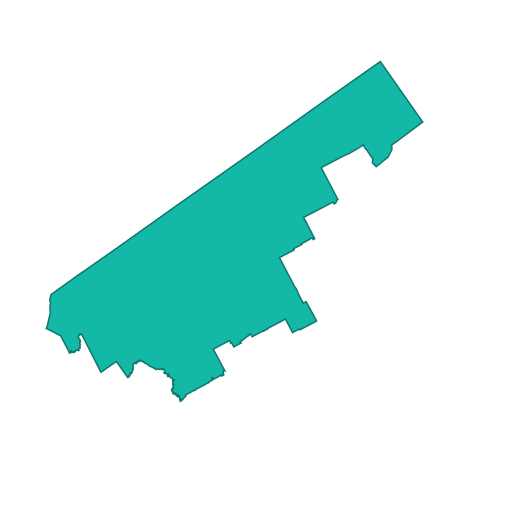 outline of West Wimmera, Victoria, Australia, rotated 55°
{"feature_id": "25037944B702157588032", "entity_name": "West Wimmera", "entity_type": "district", "adm_level": 2, "iso_a3": "AUS", "parent_name": "Australia", "parent_adm1": "Victoria", "projection": "mercator", "projection_center": [141.548, -36.599], "detail": "fine", "context": "isolated", "style": "filled", "palette": "teal", "viewbox_px": 512, "rotation_deg": 55, "n_neighbors": 0, "source": "geoboundaries", "source_scale": "gbopen_adm2", "svg_char_len": 5873}
<svg xmlns="http://www.w3.org/2000/svg" viewBox="0 0 512 512"><g transform="rotate(55 256 256)"><path d="M262.3,449.7L262.3,430.8L282.4,430.8L282.2,430.7L282.1,429.8L281.9,429.5L282.1,429.1L281.8,429.1L281.7,429.2L281.1,428.9L281.1,428.4L281.1,428.2L281.4,427.7L281.0,427.3L280.8,426.9L279.8,426.6L279.9,426.0L280.1,426.0L280.4,426.1L280.7,426.0L280.8,425.2L280.3,424.8L280.2,424.3L279.9,423.8L279.5,423.6L279.4,423.0L278.8,422.6L278.7,422.1L278.4,421.8L278.2,421.4L277.7,421.5L277.3,421.3L277.2,420.7L277.0,420.3L275.8,420.5L275.7,420.4L275.7,420.1L275.1,419.7L275.1,419.4L274.5,419.0L274.6,418.7L274.4,418.5L274.2,418.0L274.0,417.9L274.3,417.2L274.1,417.0L275.2,416.1L275.4,415.8L275.3,415.5L275.4,415.1L275.1,414.8L274.9,414.8L274.7,414.9L274.8,415.4L274.6,415.6L274.2,415.5L274.0,415.0L274.3,414.3L274.3,413.7L275.1,413.2L275.3,412.8L275.2,412.2L274.7,412.0L274.2,412.0L274.4,411.5L274.3,411.3L274.5,411.0L275.1,410.6L275.3,410.6L275.6,410.8L276.1,410.6L276.6,410.0L277.3,409.6L277.6,409.1L277.7,408.6L278.1,408.6L278.3,409.0L279.2,408.9L279.5,408.8L279.5,408.5L279.8,408.3L280.7,408.0L280.9,407.7L281.9,407.2L282.6,407.3L283.0,406.8L284.0,406.4L284.5,406.6L285.0,406.6L285.1,406.4L286.2,405.7L286.4,405.5L286.6,405.5L287.6,404.7L288.3,404.4L288.7,404.1L289.4,404.1L289.6,403.5L289.9,403.7L290.5,403.3L291.4,403.1L291.4,402.9L291.7,402.5L292.0,402.5L292.1,402.4L292.0,401.6L292.9,400.7L293.0,400.1L293.3,400.0L293.2,399.8L293.4,399.4L293.9,399.0L294.2,399.0L294.2,398.8L294.2,398.7L294.7,398.6L295.0,398.4L295.0,398.1L294.8,397.8L295.1,397.8L295.3,397.6L295.4,397.4L295.2,397.2L295.3,396.9L295.2,396.7L295.6,396.3L296.0,396.3L296.7,396.6L297.4,396.7L298.0,397.0L298.7,397.5L298.6,397.8L299.0,398.1L299.0,398.4L299.4,398.2L299.3,397.5L299.5,397.0L300.0,396.9L300.3,397.5L300.6,397.7L301.0,397.3L302.1,395.3L302.6,394.8L302.8,395.1L302.9,395.7L302.9,396.6L303.1,397.0L303.7,397.4L304.2,397.4L304.4,397.2L304.4,396.7L304.2,396.3L304.2,396.0L304.3,395.8L305.0,396.1L305.4,395.8L306.1,395.7L306.4,395.5L306.9,395.6L307.4,395.4L307.9,395.0L308.5,395.1L308.9,394.9L309.8,394.8L310.0,394.8L310.5,394.1L310.8,394.0L310.8,394.4L310.8,394.6L310.4,395.0L310.1,395.1L310.0,395.3L310.4,395.5L310.5,395.9L310.6,396.2L311.4,396.5L311.8,396.3L312.3,396.4L312.6,396.6L312.6,396.8L312.7,397.2L313.1,397.7L313.3,397.6L313.6,397.1L314.0,397.4L313.9,397.7L314.2,398.0L314.3,398.0L314.5,397.3L314.8,397.2L315.1,398.1L316.0,399.6L316.3,399.8L316.7,399.7L316.9,399.7L316.8,400.1L316.4,400.3L316.4,400.5L316.7,400.7L316.7,401.1L316.8,401.3L317.6,401.2L317.4,401.6L317.5,402.2L317.9,402.2L319.1,401.9L319.4,401.9L319.5,402.1L319.4,402.3L319.6,402.3L319.7,402.5L319.8,402.5L320.0,402.5L320.0,402.1L320.2,401.9L320.6,402.1L320.7,402.6L321.3,403.1L321.7,402.9L321.8,402.7L321.9,402.0L321.8,401.8L322.2,401.6L322.6,401.5L322.7,401.3L322.6,401.1L322.2,401.3L321.9,401.3L322.2,400.7L322.6,400.6L323.3,401.0L323.9,401.1L324.2,401.4L325.0,401.3L325.1,401.2L325.1,400.7L324.6,400.5L324.7,400.2L324.5,399.8L324.8,399.7L325.3,399.8L325.8,399.4L325.9,399.5L325.8,399.9L326.0,400.0L325.8,400.5L326.3,400.5L326.5,400.8L326.7,400.7L326.5,400.3L326.9,399.8L326.9,399.4L327.0,399.3L327.2,399.5L328.4,399.7L328.6,399.9L329.0,399.7L329.3,400.0L329.4,400.4L329.9,400.5L330.0,400.9L330.7,400.8L331.1,401.1L331.6,401.0L331.4,400.4L330.9,400.2L330.9,399.4L331.2,399.1L331.4,399.2L331.7,400.3L331.8,399.9L331.5,398.8L331.7,398.5L331.7,398.3L331.3,398.1L331.1,397.1L331.0,396.5L330.6,395.8L330.8,395.0L330.5,393.8L329.5,393.2L330.5,384.7L330.6,384.1L330.7,383.9L330.9,383.2L331.1,382.7L330.8,381.8L330.8,381.5L332.6,367.0L332.1,367.0L332.6,362.7L330.5,362.4L330.8,361.1L332.6,361.4L333.7,352.7L334.7,352.8L334.9,350.6L333.6,350.5L333.7,350.0L332.5,349.8L331.2,348.6L332.4,347.4L307.8,344.4L310.0,326.3L313.0,326.6L313.1,325.8L317.7,326.3L318.7,318.0L316.9,317.8L317.2,315.5L317.3,315.5L316.8,309.8L317.0,307.6L316.5,307.6L316.8,305.1L319.9,305.5L321.5,292.8L321.9,292.9L322.4,288.5L322.0,288.5L324.5,268.1L339.7,270.0L340.7,262.1L341.7,262.2L344.0,243.6L322.1,241.1L321.7,244.4L312.0,243.1L306.3,241.8L303.0,241.9L270.7,237.7L272.9,221.3L271.6,221.2L272.8,211.9L272.0,211.8L273.1,202.8L272.9,202.8L273.3,199.5L275.3,199.7L275.5,198.0L257.0,195.5L257.0,195.4L255.7,195.3L251.7,194.9L256.0,161.9L258.2,162.2L258.3,160.3L257.1,158.2L256.5,157.9L256.7,156.5L221.0,151.9L224.5,125.1L225.5,120.9L226.3,110.9L226.6,104.3L227.8,104.6L229.0,104.6L229.9,104.8L231.6,104.8L232.7,104.4L233.9,104.4L234.8,104.6L243.1,104.6L243.7,104.8L246.4,107.2L251.8,106.3L250.7,91.1L246.7,83.5L246.2,83.3L244.0,81.8L242.9,81.5L242.8,72.1L241.9,44.2L241.9,42.6L168.0,42.6L168.1,104.1L168.9,198.6L169.1,271.3L169.1,288.7L169.7,364.7L169.7,400.8L169.7,404.3L169.7,406.0L169.6,413.4L169.9,434.0L170.0,446.1L173.8,450.2L174.2,450.4L176.1,451.0L180.2,454.5L184.7,457.2L194.6,468.3L195.0,469.4L209.3,461.8L221.9,463.4L228.5,464.3L228.5,463.9L228.3,463.8L228.2,464.0L228.1,463.7L227.6,463.7L227.5,462.7L227.8,462.2L227.7,462.0L228.1,462.1L228.2,462.4L228.4,462.3L228.5,462.6L229.0,462.5L229.0,462.0L229.2,462.5L229.5,462.3L229.6,462.1L229.6,461.6L229.7,461.4L229.6,461.1L229.9,461.1L230.1,461.0L230.1,460.7L229.9,460.5L229.8,460.3L230.7,459.8L230.5,459.5L230.3,459.5L230.1,459.6L230.0,459.4L230.0,459.0L230.3,459.1L230.4,458.7L230.5,458.5L230.0,457.5L231.0,456.0L231.5,455.7L231.8,455.6L231.9,455.3L231.6,455.0L230.2,454.8L230.1,454.6L230.1,454.4L230.4,454.0L230.5,453.4L230.6,453.0L230.0,452.7L229.8,452.4L229.0,452.3L228.0,450.9L227.4,450.6L226.5,450.7L226.1,450.1L225.9,450.2L225.6,449.6L225.6,449.3L225.4,448.9L225.1,448.9L224.7,449.1L224.3,448.9L224.3,448.6L224.1,448.3L223.3,448.1L223.0,448.1L222.2,448.5L219.9,447.7L219.6,447.4L219.7,447.1L219.8,447.0L219.8,446.7L219.4,446.3L219.7,445.8L219.2,445.6L219.1,445.4L219.4,444.8L219.0,444.7L219.3,444.3L219.5,444.4L219.9,443.7L262.3,449.7Z" fill="#14b8a6" stroke="#0f766e" stroke-width="1.5"/></g></svg>